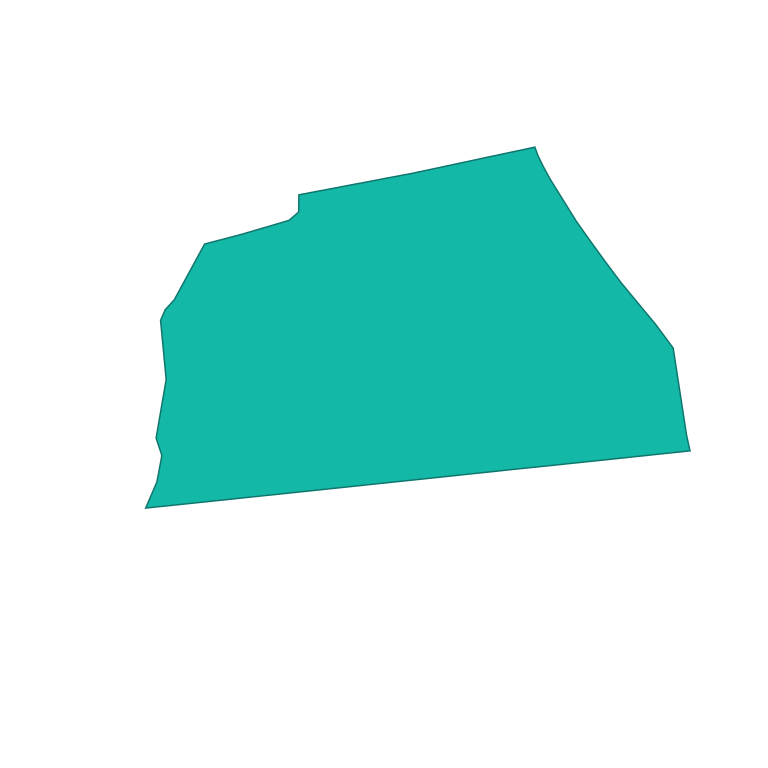 Santa Ana del Valle, Oaxaca, Mexico (Mercator projection), rotated 240°
{"feature_id": "50627088B45157986380633", "entity_name": "Santa Ana del Valle", "entity_type": "district", "adm_level": 2, "iso_a3": "MEX", "parent_name": "Mexico", "parent_adm1": "Oaxaca", "projection": "mercator", "projection_center": [-96.46, 17.017], "detail": "fine", "context": "isolated", "style": "filled", "palette": "teal", "viewbox_px": 768, "rotation_deg": 240, "n_neighbors": 0, "source": "geoboundaries", "source_scale": "gbopen_adm2", "svg_char_len": 831}
<svg xmlns="http://www.w3.org/2000/svg" viewBox="0 0 768 768"><g transform="rotate(240 384 384)"><path d="M395.7,115.6L354.6,207.8L306.7,315.4L267.6,403.3L246.1,451.7L221.2,507.4L188.6,580.7L173.1,615.6L188.3,620.4L238.4,639.9L267.7,651.3L270.6,652.4L300.2,649.0L319.3,645.7L353.7,639.9L354.6,639.8L375.2,637.3L379.3,636.8L406.4,634.0L428.8,631.9L432.4,631.8L479.0,630.3L492.8,630.7L504.8,631.5L513.7,633.1L519.5,615.2L528.3,588.2L536.5,562.7L542.0,545.7L543.1,542.2L550.7,518.9L551.9,515.0L553.2,511.3L561.0,489.2L561.6,487.4L561.7,487.0L564.5,479.0L566.5,473.2L569.7,464.0L571.2,459.9L583.2,425.5L590.4,404.9L575.6,396.1L573.2,383.5L585.1,334.5L594.9,298.6L561.8,244.5L557.7,231.6L550.8,222.3L496.8,197.6L451.1,159.6L433.7,156.0L431.5,154.5L412.7,138.3L395.7,115.6Z" fill="#14b8a6" stroke="#0f766e" stroke-width="1.5"/></g></svg>